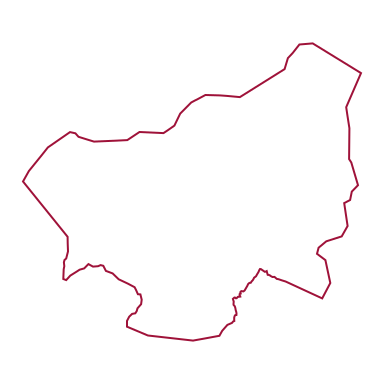 outline of Nasarawa Egon, Nassarawa, Nigeria, rotated 180°
{"feature_id": "59680162B44675208679717", "entity_name": "Nasarawa Egon", "entity_type": "district", "adm_level": 2, "iso_a3": "NGA", "parent_name": "Nigeria", "parent_adm1": "Nassarawa", "projection": "equal_earth", "projection_center": [8.399, 8.72], "detail": "fine", "context": "isolated", "style": "outline", "palette": "rose", "viewbox_px": 384, "rotation_deg": 180, "n_neighbors": 0, "source": "geoboundaries", "source_scale": "gbopen_adm2", "svg_char_len": 1986}
<svg xmlns="http://www.w3.org/2000/svg" viewBox="0 0 384 384"><g transform="rotate(180 192 192)"><path d="M23.0,310.9L71.3,340.6L84.6,339.5L91.3,331.0L96.1,325.9L99.4,314.9L144.1,286.9L157.2,288.1L164.1,288.6L178.6,289.0L187.2,284.4L188.7,283.7L192.8,281.5L203.8,270.4L209.6,258.4L216.0,253.9L220.5,250.9L229.2,251.3L244.5,252.0L256.7,243.9L268.7,243.3L290.0,242.4L297.2,244.6L305.5,247.2L308.6,250.7L314.0,251.9L336.1,236.6L342.3,228.8L355.1,213.0L361.0,202.5L316.4,147.2L316.3,140.7L316.0,132.6L317.8,125.5L319.5,124.0L320.1,121.7L319.7,117.8L320.3,114.8L320.7,105.0L317.8,103.9L313.7,108.4L307.0,112.6L304.4,114.3L299.8,115.6L295.6,119.9L291.0,117.4L285.9,117.8L283.4,118.9L280.7,118.2L278.1,113.1L271.4,110.6L265.3,104.7L256.2,100.4L249.4,96.8L248.0,94.1L246.1,89.8L243.6,89.6L242.3,84.3L242.9,79.8L246.5,75.7L247.3,72.9L248.7,70.7L251.9,70.1L254.8,67.3L257.0,63.1L257.0,57.3L236.1,48.5L218.3,46.5L191.7,43.5L191.0,43.4L188.3,43.9L184.9,44.5L180.4,45.3L168.5,47.5L164.6,48.2L161.8,53.2L156.6,59.1L152.0,61.1L150.9,62.5L149.7,63.0L149.8,64.2L149.8,66.4L149.4,67.9L148.7,68.9L147.6,69.0L147.5,70.3L147.7,71.9L148.3,73.9L148.7,76.1L149.2,77.7L150.4,79.1L150.5,79.9L150.4,81.0L150.3,82.5L151.1,85.1L149.7,86.4L149.1,86.5L148.1,85.7L147.4,85.8L146.2,87.1L143.7,87.4L143.8,87.9L144.4,88.6L144.4,89.3L144.3,90.0L143.8,90.2L143.3,90.4L143.7,91.8L142.7,92.9L140.6,92.6L139.4,93.5L138.1,95.7L136.6,98.3L135.9,99.9L134.6,101.1L133.3,101.2L132.3,102.7L131.3,103.7L130.5,105.0L129.9,106.3L128.0,107.7L126.9,109.7L125.6,111.8L124.7,113.9L124.0,115.0L123.1,114.9L119.2,112.2L118.3,112.4L117.3,112.9L116.9,111.3L116.3,109.2L115.7,109.2L114.2,108.7L113.2,107.9L111.5,107.0L109.5,107.1L107.2,105.1L105.5,104.8L102.0,103.6L98.4,102.5L61.8,85.6L53.7,101.0L58.6,123.9L67.0,130.2L65.4,136.3L57.7,142.7L42.3,147.6L36.4,158.0L39.8,180.9L33.9,184.0L32.2,192.4L26.0,198.8L30.4,213.7L32.7,221.5L34.9,224.9L34.6,255.8L36.7,269.3L37.8,276.8L23.0,310.9Z" fill="none" stroke="#9f1239" stroke-width="2"/></g></svg>